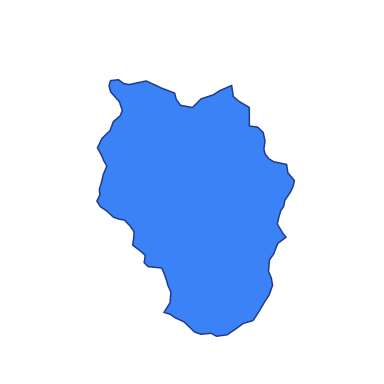 Santo Antônio do Jardim, São Paulo, Brazil (Robinson projection), rotated 230°
{"feature_id": "56859067B903124124790", "entity_name": "Santo Antônio do Jardim", "entity_type": "district", "adm_level": 2, "iso_a3": "BRA", "parent_name": "Brazil", "parent_adm1": "São Paulo", "projection": "robinson", "projection_center": [-46.682, -22.131], "detail": "fine", "context": "isolated", "style": "filled", "palette": "blue", "viewbox_px": 384, "rotation_deg": 230, "n_neighbors": 0, "source": "geoboundaries", "source_scale": "gbopen_adm2", "svg_char_len": 1324}
<svg xmlns="http://www.w3.org/2000/svg" viewBox="0 0 384 384"><g transform="rotate(230 192 192)"><path d="M248.1,290.8L251.8,278.5L252.8,270.6L257.5,259.0L256.4,246.7L265.9,238.9L273.2,239.5L278.9,242.3L291.1,235.5L306.5,228.3L314.7,212.9L319.0,209.4L325.3,207.8L329.7,201.2L326.6,196.6L320.9,194.0L307.9,194.4L299.2,191.0L296.5,185.8L296.5,177.0L291.7,168.6L290.9,157.3L286.6,147.9L278.4,146.3L272.7,144.5L266.7,143.5L262.4,135.3L258.0,129.4L253.4,122.5L249.0,119.6L246.2,113.3L239.6,112.4L231.7,114.6L223.3,115.6L218.5,118.4L213.8,122.2L205.7,122.7L198.9,122.1L194.1,117.7L189.4,112.4L181.3,114.3L173.5,115.5L168.6,109.9L162.9,110.5L158.4,114.9L153.3,119.9L147.7,118.3L141.1,115.9L135.7,113.4L128.9,111.5L121.3,104.0L117.8,93.2L112.3,96.7L106.6,98.2L97.7,102.4L89.6,103.3L83.1,104.0L77.4,107.3L71.4,115.9L65.7,118.1L60.0,127.2L58.9,138.5L58.4,146.7L54.3,156.1L57.0,165.2L61.3,177.4L63.5,184.8L68.7,193.7L74.9,197.4L82.0,199.6L90.1,207.6L92.1,214.8L97.5,224.7L96.9,234.9L102.3,235.1L112.6,236.7L116.7,242.1L120.5,247.7L122.1,253.1L125.9,257.7L128.6,267.2L131.4,273.2L134.9,277.8L145.1,277.8L152.3,282.2L158.2,277.6L162.6,274.1L168.0,272.2L173.9,272.4L178.6,274.6L184.0,280.6L191.8,284.8L199.5,284.0L205.7,278.4L219.9,290.2L231.5,286.2L238.5,285.0L248.1,290.8Z" fill="#3b82f6" stroke="#1e3a8a" stroke-width="1.5"/></g></svg>